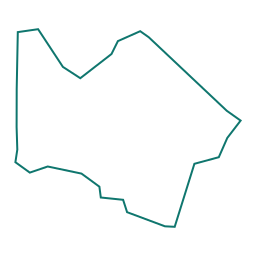 the district of Sinajana, Guam
{"feature_id": "77769853B28089182733682", "entity_name": "Sinajana", "entity_type": "district", "adm_level": 2, "iso_a3": "GUM", "parent_name": "Guam", "parent_adm1": "", "projection": "natural_earth1", "projection_center": [144.76, 13.46], "detail": "fine", "context": "isolated", "style": "outline", "palette": "teal", "viewbox_px": 256, "rotation_deg": 0, "n_neighbors": 0, "source": "geoboundaries", "source_scale": "gbopen_adm2", "svg_char_len": 428}
<svg xmlns="http://www.w3.org/2000/svg" viewBox="0 0 256 256"><path d="M17.8,32.1L16.7,89.0L16.6,127.0L17.3,149.6L15.4,162.2L29.8,172.6L47.7,166.5L81.5,173.6L99.4,186.7L100.8,197.5L123.1,199.8L127.1,212.2L164.9,226.3L174.7,226.8L194.4,163.8L218.8,157.2L227.3,137.9L240.6,120.6L226.8,110.8L148.7,37.2L140.2,31.2L117.9,41.1L111.5,54.0L80.3,78.2L62.9,66.9L38.1,29.2L17.8,32.1Z" fill="none" stroke="#0f766e" stroke-width="2"/></svg>